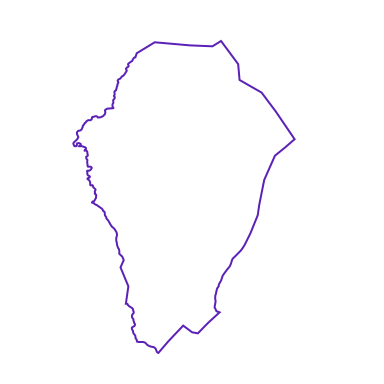 outline of Shilu'ustei, Dzavhan, Mongolia, rotated 171°
{"feature_id": "93677404B51379066868573", "entity_name": "Shilu'ustei", "entity_type": "district", "adm_level": 2, "iso_a3": "MNG", "parent_name": "Mongolia", "parent_adm1": "Dzavhan", "projection": "equal_earth", "projection_center": [97.401, 46.971], "detail": "fine", "context": "isolated", "style": "outline", "palette": "violet", "viewbox_px": 384, "rotation_deg": 171, "n_neighbors": 0, "source": "geoboundaries", "source_scale": "gbopen_adm2", "svg_char_len": 5999}
<svg xmlns="http://www.w3.org/2000/svg" viewBox="0 0 384 384"><g transform="rotate(171 192 192)"><path d="M82.4,228.1L96.7,258.5L107.7,279.3L127.5,295.2L126.4,311.1L139.7,336.6L149.0,332.7L170.9,337.1L205.4,345.7L224.9,337.7L226.9,333.8L227.7,333.9L228.2,333.7L229.7,332.2L230.3,331.1L230.6,330.8L232.6,329.9L234.1,329.1L235.0,328.5L235.1,328.3L235.2,328.1L234.9,326.7L234.9,326.2L235.5,325.6L236.4,325.3L236.9,325.0L237.8,324.3L237.9,324.0L237.9,323.6L237.9,323.3L237.6,322.9L237.5,322.6L237.5,322.0L237.9,321.3L238.8,320.6L239.2,319.9L239.6,319.5L240.7,318.4L241.6,317.7L242.2,317.4L242.7,317.3L243.1,317.1L244.9,315.5L245.2,315.2L247.2,314.6L247.7,314.1L248.0,313.7L248.0,313.3L247.9,312.8L247.6,312.1L247.6,311.7L247.7,311.4L248.1,311.1L248.6,310.2L248.8,310.0L248.9,309.1L249.2,308.5L249.8,307.7L250.3,306.1L250.9,305.3L251.1,304.5L251.3,304.3L252.3,303.8L252.8,303.4L252.9,303.1L253.0,302.7L253.0,301.6L253.1,300.5L253.4,299.9L254.0,299.3L254.1,299.1L254.0,298.8L253.5,298.0L253.4,297.7L253.5,297.4L253.8,296.7L254.0,296.3L255.4,295.2L255.5,295.0L255.7,292.7L255.8,292.2L256.4,291.6L256.8,291.1L257.0,289.9L257.0,289.3L257.1,288.8L257.0,288.4L257.0,287.9L256.5,287.5L256.6,287.2L257.4,287.1L258.4,287.2L259.0,287.3L260.1,287.3L262.4,287.6L262.8,287.5L264.0,287.0L264.7,286.8L265.1,286.4L265.2,286.1L265.1,284.3L265.8,282.7L266.1,282.2L267.1,281.6L267.9,280.9L268.4,280.7L270.6,280.1L272.8,280.2L273.3,280.3L273.7,281.1L274.2,281.6L274.9,281.9L276.3,281.9L277.5,281.6L278.5,281.7L278.9,281.5L279.1,281.2L279.4,280.4L279.5,280.1L279.5,279.9L279.8,279.6L280.0,279.3L280.4,279.1L280.7,278.9L281.3,278.9L281.7,278.8L283.2,279.2L283.7,279.0L285.0,278.5L285.4,278.1L285.8,277.6L286.4,277.1L287.1,276.9L288.0,275.7L288.7,275.0L289.5,274.5L289.6,274.2L289.7,273.5L289.9,273.1L290.5,272.3L291.2,271.2L291.4,270.9L291.9,270.6L292.7,270.3L293.2,270.2L294.5,270.2L295.0,270.1L295.8,269.4L296.2,268.9L296.4,268.5L296.5,268.1L296.5,267.0L295.7,264.2L295.7,263.9L295.9,263.6L297.3,261.9L298.6,261.0L300.8,259.5L301.2,259.2L301.5,258.7L301.6,258.3L301.4,257.0L301.3,256.4L301.1,256.0L300.9,255.8L299.9,255.4L298.9,255.5L298.6,255.7L298.4,256.1L298.3,256.4L298.3,257.3L298.2,257.5L298.0,257.8L297.7,258.0L296.7,258.1L295.6,257.8L295.3,257.6L294.5,256.9L294.4,256.6L294.4,256.1L294.7,255.7L295.2,255.4L296.2,255.1L296.3,254.9L294.0,254.5L292.7,254.1L291.9,253.6L290.4,252.7L290.0,252.3L289.9,252.0L290.0,251.2L290.1,250.9L291.4,250.2L291.5,250.0L291.6,249.7L291.3,249.5L290.4,249.7L290.1,249.6L289.8,249.4L289.5,249.0L289.2,248.2L289.1,247.7L289.3,246.8L289.3,246.1L289.1,245.1L289.1,244.7L289.2,244.4L289.4,244.1L289.7,243.9L290.8,243.4L291.0,243.3L291.1,242.8L291.1,241.6L291.0,241.2L290.6,240.6L290.3,239.9L290.4,239.4L290.7,238.7L290.9,237.6L290.9,235.7L291.0,234.0L291.0,233.6L290.8,233.3L290.5,233.2L288.7,233.0L287.8,232.6L287.5,232.3L287.4,231.9L287.3,231.6L287.4,231.2L287.7,230.8L288.2,230.2L289.1,229.6L289.4,229.4L290.1,229.2L291.0,229.2L291.9,229.4L292.1,229.4L292.3,229.2L292.4,228.9L292.3,228.0L292.4,227.2L292.5,226.7L292.6,226.1L292.4,225.3L292.2,224.8L291.9,224.6L290.8,223.7L290.6,223.5L290.5,223.2L290.6,222.7L290.8,222.5L291.1,222.3L292.2,222.1L292.8,221.8L293.1,221.6L293.2,221.3L293.1,221.0L292.5,220.5L292.0,220.0L291.6,219.4L291.4,218.9L291.2,218.2L291.1,217.0L291.3,215.9L291.4,215.3L291.4,215.0L291.2,214.6L290.8,214.3L290.3,214.3L289.7,214.4L289.3,214.3L289.1,214.0L288.9,213.7L288.9,212.6L288.7,212.1L286.9,209.6L287.0,209.1L287.9,207.8L288.0,207.5L287.9,206.4L288.0,206.2L288.2,205.9L288.2,205.7L288.2,205.4L288.1,205.2L287.3,204.6L287.2,204.2L287.2,203.7L287.3,203.0L287.5,202.4L287.8,201.1L288.4,200.4L288.7,200.1L289.5,198.9L290.3,198.2L291.7,198.1L292.2,197.6L292.4,197.2L290.7,196.3L289.9,195.2L289.3,194.7L288.2,194.1L286.1,192.0L284.6,190.6L283.8,189.8L283.3,189.1L283.0,188.5L282.8,187.5L282.5,186.9L281.8,186.5L281.6,186.2L281.5,185.7L281.5,184.8L281.6,183.1L281.6,182.5L281.3,181.8L280.6,180.5L280.7,179.2L279.9,178.1L279.1,176.7L278.4,174.8L277.7,172.8L276.5,170.3L276.0,169.6L275.2,168.9L274.1,167.1L273.0,164.4L272.9,163.9L272.7,162.6L272.7,161.8L272.9,161.0L273.2,160.1L274.0,158.4L274.3,156.9L274.4,155.6L274.2,153.9L274.2,153.4L274.3,152.8L274.3,151.6L273.9,148.9L273.8,148.4L273.3,147.5L273.0,145.6L273.1,144.5L273.5,142.5L272.3,140.7L272.0,140.5L271.0,139.1L270.7,138.1L270.7,137.6L270.5,137.3L270.3,136.6L270.1,135.4L274.4,128.7L269.6,108.8L274.8,92.0L273.9,91.9L273.3,91.6L273.1,90.5L272.6,90.0L272.2,89.3L271.8,88.9L269.4,86.8L268.7,85.7L268.6,85.2L268.7,84.2L268.6,83.8L268.4,83.3L268.3,82.7L268.4,82.1L268.6,81.6L268.9,81.2L269.5,80.9L270.2,80.1L270.5,79.6L270.7,79.0L270.8,78.3L270.8,77.9L270.6,76.9L270.2,76.2L269.9,75.8L269.8,75.4L269.9,74.5L269.6,72.1L269.5,71.6L269.1,70.7L269.1,69.8L269.3,69.3L269.5,69.0L270.0,68.6L270.4,68.4L271.9,67.9L272.3,67.6L272.7,67.1L272.8,66.3L272.4,64.9L272.1,64.2L272.0,63.8L272.1,62.5L272.0,61.9L271.5,60.8L270.7,59.4L270.5,58.9L270.5,58.3L270.5,57.4L270.6,56.8L270.6,56.2L270.0,55.3L269.8,54.8L269.7,53.7L269.8,53.2L269.6,52.8L268.4,52.3L267.7,52.1L263.8,51.5L262.6,51.0L262.0,50.6L261.4,50.0L260.6,48.7L260.1,48.0L258.4,46.6L257.6,46.2L256.9,45.8L255.6,45.3L254.2,44.8L253.8,44.5L253.3,44.1L252.7,43.3L252.4,42.8L252.3,42.5L252.2,41.8L251.8,40.1L251.5,39.3L251.1,38.8L250.4,38.3L238.9,48.1L221.6,61.4L213.8,53.4L208.3,51.5L196.2,60.5L183.6,68.8L185.6,70.0L186.4,70.3L186.5,70.5L187.0,72.2L187.2,73.2L187.7,74.2L187.7,74.6L187.4,75.7L187.2,76.3L186.9,77.1L186.1,79.4L185.9,79.8L185.8,80.4L185.8,82.4L185.7,83.9L185.3,85.3L185.3,85.8L185.1,86.2L184.3,87.7L183.4,90.2L182.5,92.4L182.1,93.0L180.4,94.7L180.3,95.0L180.2,95.9L180.0,96.3L179.1,97.6L178.3,98.5L177.4,99.7L176.8,100.6L175.3,103.6L174.6,104.7L173.8,105.6L172.8,106.6L171.2,108.2L168.8,110.5L167.1,111.9L166.2,112.9L164.8,115.0L163.0,118.7L162.3,119.7L161.8,120.1L158.9,122.1L153.1,126.4L151.5,127.9L149.1,130.5L147.7,132.3L140.8,142.0L130.7,158.8L127.7,168.5L118.8,192.6L104.4,214.9L93.3,221.3L82.4,228.1Z" fill="none" stroke="#5b21b6" stroke-width="2"/></g></svg>